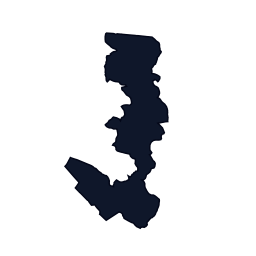 Emgwen, Rift Valley, Kenya (Equal Earth projection), rotated 302°
{"feature_id": "3690345B72129784812762", "entity_name": "Emgwen", "entity_type": "district", "adm_level": 2, "iso_a3": "KEN", "parent_name": "Kenya", "parent_adm1": "Rift Valley", "projection": "equal_earth", "projection_center": [35.105, 0.189], "detail": "fine", "context": "isolated", "style": "filled", "palette": "ink", "viewbox_px": 256, "rotation_deg": 302, "n_neighbors": 0, "source": "geoboundaries", "source_scale": "gbopen_adm2", "svg_char_len": 5923}
<svg xmlns="http://www.w3.org/2000/svg" viewBox="0 0 256 256"><g transform="rotate(302 128 128)"><path d="M143.3,161.3L146.3,157.2L147.9,150.8L153.4,156.7L154.5,158.3L155.0,157.9L156.0,157.3L156.6,157.1L157.2,156.7L157.7,156.5L158.1,156.3L158.6,155.8L159.1,155.3L159.6,155.0L159.9,154.7L160.2,154.4L160.6,154.1L160.9,153.9L161.8,153.6L162.7,152.9L163.6,152.4L164.0,152.0L164.6,151.5L165.1,151.0L165.5,150.4L165.8,150.1L166.2,149.7L166.5,149.1L166.8,148.6L167.0,147.9L167.3,147.3L167.6,146.7L167.7,146.0L167.8,145.2L167.9,144.4L168.0,143.6L168.4,142.1L169.1,140.7L169.4,140.0L169.6,139.1L169.6,138.5L169.6,137.8L169.4,136.9L170.7,136.9L172.2,136.8L173.5,136.5L173.9,136.4L174.3,136.2L175.2,135.5L175.6,135.2L176.9,133.7L177.5,132.9L177.9,132.4L178.1,131.1L178.1,130.5L178.1,130.0L177.9,128.7L178.0,128.1L178.4,126.7L179.2,125.4L181.1,124.1L181.6,124.3L182.0,124.6L182.3,124.8L182.7,124.9L183.3,124.9L183.5,125.8L183.5,126.4L183.3,128.1L183.1,128.7L183.6,128.9L185.8,128.9L186.7,128.8L187.4,128.4L187.8,128.2L188.3,127.8L188.4,127.1L188.3,126.6L188.4,126.0L188.4,125.3L188.4,124.8L188.1,122.9L188.0,122.2L187.8,121.6L187.3,120.4L187.1,119.8L186.9,119.2L187.5,118.8L188.2,118.5L188.8,118.2L189.3,117.8L190.3,116.8L191.0,116.3L191.4,116.3L191.9,116.4L192.3,116.4L192.7,116.6L193.3,116.6L193.8,116.6L194.3,116.5L194.8,116.5L195.2,116.7L195.8,116.8L196.7,117.4L197.2,117.1L197.8,117.2L198.5,117.1L200.0,116.7L201.3,116.4L202.0,116.2L202.5,116.0L203.3,115.4L204.1,115.7L204.6,115.8L205.0,115.9L207.2,115.8L207.7,115.8L209.3,116.0L210.4,115.6L210.6,115.0L210.7,114.3L211.1,113.8L211.6,113.5L212.3,113.0L212.7,112.5L213.7,111.6L214.8,110.9L215.3,110.6L215.8,110.0L216.3,109.5L216.6,108.9L216.7,108.0L216.7,107.3L216.7,106.6L216.8,105.9L216.9,105.1L217.3,103.9L217.4,103.3L217.5,102.4L217.8,100.3L217.2,99.0L216.9,98.5L216.4,97.4L215.2,95.1L215.0,94.6L213.1,90.7L211.7,87.8L210.8,86.3L210.3,85.1L208.2,81.0L206.6,77.9L204.5,73.7L204.0,72.5L203.7,72.1L202.1,68.9L200.9,68.0L200.6,66.3L200.4,65.7L200.1,65.1L197.1,59.5L196.0,59.2L194.8,59.7L193.5,60.2L191.1,61.7L189.2,63.2L188.7,65.3L188.4,67.3L188.3,68.9L187.8,70.5L187.7,72.8L188.1,74.8L188.4,76.2L187.8,77.6L187.3,77.4L186.2,76.8L185.2,75.5L183.9,74.7L181.6,73.9L181.3,74.5L180.0,74.1L179.6,73.8L178.9,73.0L178.0,71.9L176.6,72.2L175.4,73.2L174.0,74.2L172.1,74.5L171.0,75.3L167.8,75.5L166.8,76.8L165.7,77.8L164.3,78.6L163.1,79.2L162.2,80.3L161.1,80.4L159.5,82.6L157.9,83.6L156.7,84.6L156.2,85.9L157.6,86.3L158.8,86.5L159.6,86.7L159.8,87.9L159.9,89.3L160.1,90.7L160.7,92.7L161.6,94.5L162.3,96.3L161.4,97.9L161.4,99.7L163.2,103.3L162.6,104.7L159.1,101.3L157.9,102.0L157.2,102.9L157.0,104.8L155.3,109.2L155.4,112.3L154.8,114.4L153.6,115.7L152.1,117.1L150.6,118.1L149.6,117.9L148.1,117.4L147.6,116.0L146.9,114.7L146.0,113.4L145.0,112.3L143.9,111.5L142.7,111.0L141.7,113.2L140.8,115.5L137.8,118.2L136.2,118.3L135.0,118.5L133.9,117.4L132.7,117.2L131.5,117.5L130.1,117.8L130.9,116.2L130.7,114.7L130.6,113.2L129.5,109.8L128.6,109.5L127.1,109.4L125.7,108.8L124.5,108.1L123.4,108.1L121.7,108.1L120.2,107.4L119.0,107.2L118.6,107.1L117.9,109.0L118.0,110.6L118.2,112.0L119.3,113.9L119.6,116.4L120.7,117.9L121.1,119.3L120.8,119.6L118.8,121.5L118.0,122.2L117.7,122.4L116.6,123.2L115.1,123.4L113.9,123.4L112.6,123.6L110.1,124.9L109.0,124.9L108.4,124.7L107.3,124.2L106.7,124.0L105.3,124.1L105.9,125.9L105.6,127.2L104.9,128.3L103.4,129.3L102.9,131.0L103.4,133.0L103.9,134.8L104.5,136.4L105.1,138.5L106.8,143.3L105.4,145.1L104.9,147.0L104.9,148.6L105.6,149.9L104.8,151.3L103.0,152.3L101.6,152.9L100.4,155.0L99.9,156.8L98.7,158.0L96.6,159.0L95.3,157.4L94.1,157.5L93.3,156.7L92.2,156.9L90.7,156.1L89.1,156.3L87.6,155.8L87.5,153.6L86.6,154.8L85.6,155.5L84.6,156.3L83.5,155.3L82.0,154.7L80.9,153.3L79.7,152.4L78.6,151.2L77.8,149.5L77.8,147.4L77.8,145.8L75.9,145.4L74.3,145.2L73.1,145.9L71.4,146.0L70.6,146.7L69.9,144.4L69.8,142.8L70.2,142.2L71.1,141.4L72.2,140.7L73.2,140.2L74.4,138.8L75.6,136.8L76.1,134.9L75.5,133.5L75.4,131.7L75.1,130.2L75.6,128.9L75.6,126.1L76.5,122.7L76.6,122.0L76.2,120.9L76.6,118.8L76.6,117.9L76.6,117.1L76.4,115.6L76.1,113.9L75.7,111.6L75.4,109.8L75.1,108.0L74.4,103.8L74.2,102.5L73.9,101.1L73.4,99.4L73.0,97.7L72.5,95.6L72.4,94.8L70.7,95.0L70.1,95.0L66.1,95.3L64.5,95.3L64.1,95.3L62.1,94.9L58.1,107.9L56.0,115.2L54.9,115.4L54.3,115.4L51.6,115.3L49.3,115.1L48.3,119.1L48.1,120.3L47.7,121.0L47.8,121.5L47.1,124.5L45.4,131.4L45.3,132.1L45.5,132.7L44.9,133.7L44.7,134.1L43.6,136.8L43.4,137.4L43.2,137.9L43.6,138.2L43.9,138.9L44.3,139.4L45.2,139.9L45.1,140.8L44.6,142.1L44.1,143.4L43.9,144.0L43.7,144.6L43.3,146.2L43.2,146.7L43.0,147.2L42.3,148.7L41.9,148.8L41.0,149.2L40.6,149.5L39.8,149.7L39.8,150.4L39.7,151.1L38.8,155.3L38.2,158.4L52.0,164.8L52.6,167.0L52.3,168.7L50.9,170.1L50.2,171.6L49.3,172.6L49.5,177.5L49.8,181.0L50.3,183.1L49.4,185.6L49.0,187.8L49.3,189.7L49.5,191.5L50.6,191.6L51.1,192.1L51.6,192.6L52.1,193.6L52.4,194.4L53.4,194.9L53.9,195.3L54.4,195.4L56.1,195.6L57.8,194.1L60.2,194.5L61.9,194.7L62.9,194.9L63.3,195.0L63.8,195.0L64.8,195.9L66.2,196.3L67.5,196.8L69.6,196.8L71.1,196.4L73.3,196.4L74.7,195.9L76.0,195.7L77.3,195.5L78.8,195.1L79.3,194.9L80.4,194.3L80.9,194.0L82.8,193.2L84.0,192.3L84.2,190.6L84.5,188.8L84.7,186.9L84.6,185.2L83.4,183.2L83.2,180.7L83.8,178.9L84.6,177.2L85.5,175.7L86.5,174.0L88.0,172.7L89.6,171.8L90.5,170.6L91.0,169.6L91.3,167.2L92.5,168.7L94.3,169.3L95.8,169.1L97.0,168.7L98.2,168.3L100.0,169.1L102.2,169.8L104.2,169.6L105.7,169.2L106.8,170.0L107.8,171.1L109.4,171.1L111.2,170.4L112.5,169.7L113.4,168.1L113.6,166.4L114.3,165.2L115.1,163.7L115.5,162.9L116.2,161.7L116.7,160.4L117.7,161.0L118.4,161.2L119.6,161.3L120.3,159.8L120.6,158.8L121.6,157.6L122.1,157.4L123.0,156.8L125.3,155.5L126.3,155.4L127.4,155.2L128.5,155.2L128.8,155.3L130.6,156.0L131.1,156.3L132.1,157.3L133.1,158.7L134.2,160.6L135.6,162.0L136.8,161.9L138.1,160.7L139.6,160.2L141.0,160.2L142.0,161.3L143.3,161.3Z" fill="#0f172a" stroke="#020617" stroke-width="1.5"/></g></svg>